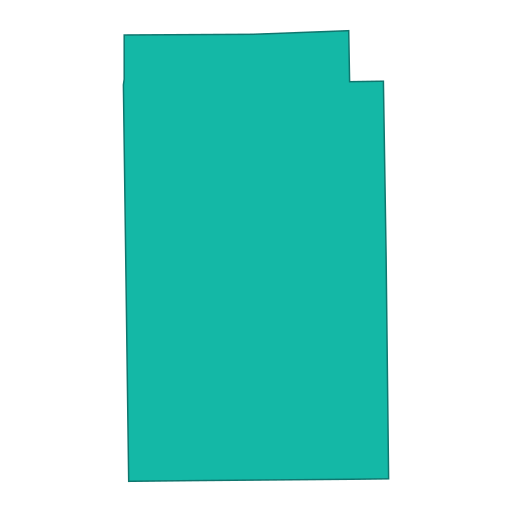 Wabash, Indiana, United States of America
{"feature_id": "52423323B5962207339550", "entity_name": "Wabash", "entity_type": "district", "adm_level": 2, "iso_a3": "USA", "parent_name": "United States of America", "parent_adm1": "Indiana", "projection": "orthographic", "projection_center": [-85.796, 40.849], "detail": "fine", "context": "isolated", "style": "filled", "palette": "teal", "viewbox_px": 512, "rotation_deg": 0, "n_neighbors": 0, "source": "geoboundaries", "source_scale": "gbopen_adm2", "svg_char_len": 280}
<svg xmlns="http://www.w3.org/2000/svg" viewBox="0 0 512 512"><path d="M124.2,35.0L124.2,79.3L123.4,84.8L128.7,481.3L193.2,480.6L356.7,479.2L388.6,478.8L386.1,256.3L383.4,81.2L349.6,81.7L348.7,30.7L252.8,34.3L124.2,35.0Z" fill="#14b8a6" stroke="#0f766e" stroke-width="1.5"/></svg>